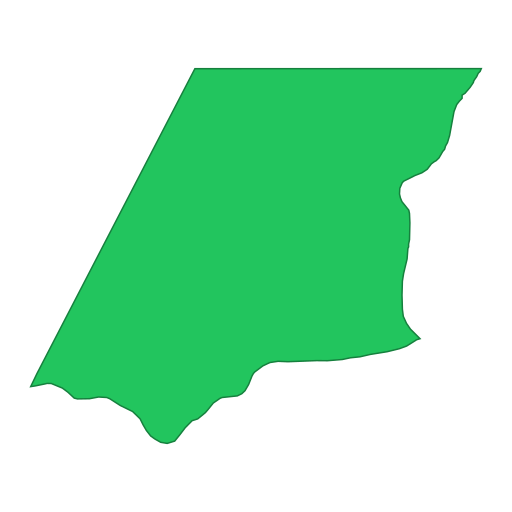 outline of Nentón, Huehuetenango, Guatemala
{"feature_id": "79465075B15120752201699", "entity_name": "Nentón", "entity_type": "district", "adm_level": 2, "iso_a3": "GTM", "parent_name": "Guatemala", "parent_adm1": "Huehuetenango", "projection": "robinson", "projection_center": [-91.636, 15.932], "detail": "fine", "context": "isolated", "style": "filled", "palette": "green", "viewbox_px": 512, "rotation_deg": 0, "n_neighbors": 0, "source": "geoboundaries", "source_scale": "gbopen_adm2", "svg_char_len": 1357}
<svg xmlns="http://www.w3.org/2000/svg" viewBox="0 0 512 512"><path d="M197.7,418.9L205.4,412.6L207.8,409.8L213.3,403.0L220.1,398.3L222.1,397.5L237.3,395.9L241.8,393.7L245.0,390.7L248.6,384.5L252.0,376.0L253.4,373.5L254.7,372.0L262.8,365.9L267.6,363.6L270.1,362.5L278.1,361.3L288.0,361.7L316.5,360.6L327.5,360.7L342.3,359.5L350.3,357.8L360.0,356.8L370.4,354.4L387.2,351.7L399.4,348.7L406.7,346.0L416.7,339.7L420.0,338.7L410.4,329.1L406.5,323.4L403.3,316.4L402.4,309.3L402.0,295.1L402.4,281.2L403.6,273.5L407.1,258.9L407.9,248.4L408.6,246.9L408.6,244.0L409.5,239.8L409.9,223.0L409.5,213.5L408.8,210.2L401.9,201.6L400.4,197.9L399.5,194.0L399.8,188.3L402.3,182.6L404.0,181.0L415.0,175.5L421.9,172.8L427.2,169.3L431.4,163.8L434.4,161.6L436.1,160.7L439.0,157.9L442.7,151.5L444.6,149.3L445.5,146.1L447.5,142.5L449.6,135.5L454.0,111.6L456.7,104.6L459.4,101.1L462.1,98.3L462.1,95.1L465.0,93.3L470.2,87.2L473.3,82.6L473.9,80.6L476.7,76.6L478.2,73.3L480.1,71.4L481.3,68.6L194.9,68.7L37.0,373.5L30.7,386.6L35.3,385.9L45.0,383.9L47.1,383.4L51.3,383.5L62.4,388.1L67.9,392.2L74.2,398.1L77.5,398.9L89.5,398.7L98.6,397.0L106.8,397.5L109.7,398.7L120.3,405.5L132.6,411.5L140.1,418.8L143.2,425.0L146.4,430.5L150.7,436.0L154.9,439.0L160.7,442.3L167.2,443.4L174.7,441.1L179.8,434.8L185.2,427.7L192.1,420.7L197.7,418.9Z" fill="#22c55e" stroke="#15803d" stroke-width="1.5"/></svg>